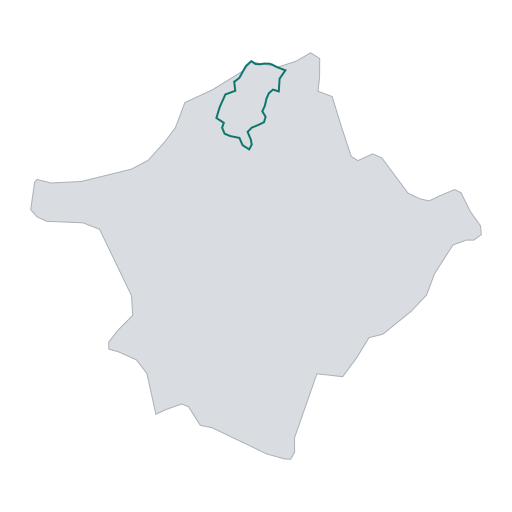 Kosovo, with Dečani highlighted, rotated 90°
{"feature_id": "KOS-5889", "entity_name": "Dečani", "entity_type": "District", "adm_level": 1, "iso_a3": "XKX", "parent_name": "Kosovo", "parent_adm1": "", "projection": "mercator", "projection_center": [20.231, 42.545], "detail": "fine", "context": "in_parent", "style": "outline", "palette": "teal", "viewbox_px": 512, "rotation_deg": 90, "n_neighbors": 0, "source": "natural_earth", "source_scale": "10m", "svg_char_len": 1513}
<svg xmlns="http://www.w3.org/2000/svg" viewBox="0 0 512 512"><g transform="rotate(90 256 256)"><path d="M127.0,170.5L156.4,160.8L160.6,154.0L153.9,139.4L157.9,130.2L193.0,104.1L198.8,92.2L200.9,82.9L196.2,73.0L189.6,57.5L192.8,50.9L211.0,42.0L225.9,31.5L234.6,30.7L240.1,38.2L240.1,46.0L245.0,59.1L255.9,66.1L274.0,77.6L295.1,85.5L311.6,101.2L334.2,129.2L337.6,143.0L357.9,155.4L376.7,169.3L373.8,195.1L437.9,217.5L452.3,217.4L459.2,221.3L459.0,227.1L454.0,245.1L427.6,300.2L425.5,311.6L406.6,323.6L404.0,330.5L409.4,345.6L414.3,356.2L413.9,356.2L373.5,365.1L359.9,375.5L351.8,393.6L349.2,403.1L342.1,403.3L330.2,394.0L315.3,379.3L295.7,380.5L229.3,412.4L222.8,429.1L221.3,465.3L216.8,475.0L209.7,481.3L182.3,477.4L179.4,475.0L183.0,461.1L181.5,430.8L169.1,380.5L160.3,363.9L142.1,347.5L128.0,336.7L102.6,327.1L89.6,299.3L70.2,267.8L60.9,260.5L62.4,257.4L66.9,233.5L61.3,216.1L52.8,201.3L58.6,192.3L76.5,192.4L91.3,194.0L96.6,179.8L127.0,170.5Z" fill="#d9dde1" stroke="#a8b0b8" stroke-width="1"/><path d="M81.8,277.7L77.8,272.6L66.0,266.1L61.2,260.7L64.0,256.5L64.3,252.3L63.6,247.8L63.7,242.7L64.5,240.0L67.2,234.9L70.3,226.6L78.7,232.4L91.4,233.2L89.6,239.0L93.2,243.1L98.6,245.5L105.9,247.2L111.3,249.7L116.8,246.4L122.2,248.0L124.6,252.9L127.7,260.3L131.9,264.4L139.8,261.1L144.6,260.3L149.4,262.8L145.2,269.4L137.9,272.6L136.1,281.7L133.7,287.4L127.7,289.9L122.8,288.2L118.0,295.6L107.1,292.3L94.4,286.6L90.8,276.7L81.8,277.8L81.8,277.7L81.8,277.7Z" fill="none" stroke="#0f766e" stroke-width="2"/></g></svg>